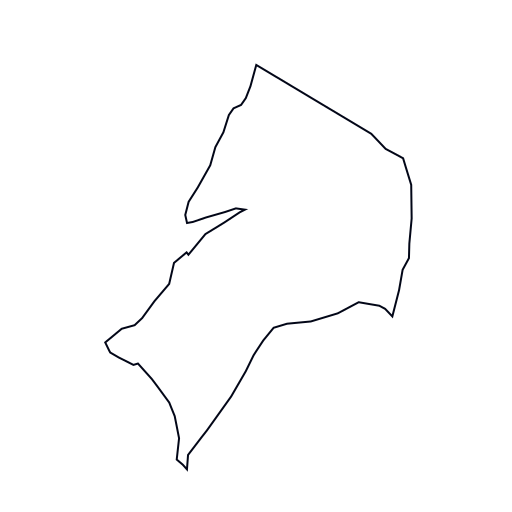 Girga, Suhaj, Egypt, rotated 252°
{"feature_id": "37247803B10377703685184", "entity_name": "Girga", "entity_type": "district", "adm_level": 2, "iso_a3": "EGY", "parent_name": "Egypt", "parent_adm1": "Suhaj", "projection": "mercator", "projection_center": [31.887, 26.348], "detail": "fine", "context": "isolated", "style": "outline", "palette": "ink", "viewbox_px": 512, "rotation_deg": 252, "n_neighbors": 0, "source": "geoboundaries", "source_scale": "gbopen_adm2", "svg_char_len": 1105}
<svg xmlns="http://www.w3.org/2000/svg" viewBox="0 0 512 512"><g transform="rotate(252 256 256)"><path d="M437.6,315.3L419.2,303.2L409.3,295.1L404.3,288.5L403.4,280.3L398.5,273.8L383.7,263.2L372.1,251.0L356.4,240.5L339.1,221.7L328.4,208.7L316.9,201.4L308.7,200.6L307.9,206.4L308.1,220.3L307.4,240.1L307.5,251.6L303.5,259.8L302.6,254.1L297.6,236.0L292.5,214.7L278.1,192.1L280.9,191.1L274.8,175.9L256.3,164.8L244.5,145.6L234.0,131.1L232.4,128.9L232.2,128.7L228.9,121.7L227.7,119.2L228.3,105.8L220.4,85.9L211.0,87.2L210.2,87.4L209.3,87.5L201.9,94.1L190.3,105.8L190.2,110.5L171.2,118.9L162.2,122.0L143.4,128.2L138.8,128.5L128.8,129.2L119.5,128.1L106.4,126.5L86.9,117.7L80.1,121.9L74.4,124.4L87.8,129.9L100.7,148.6L105.2,155.3L115.9,169.8L130.1,189.0L149.5,210.6L162.3,223.0L165.6,227.0L173.5,236.9L182.3,250.6L182.0,264.6L176.8,287.9L176.6,297.3L176.2,316.0L180.3,339.4L175.4,348.7L170.6,357.9L165.8,362.5L156.4,367.0L179.3,381.5L197.6,391.2L206.7,400.8L220.5,405.7L243.5,415.6L275.7,425.6L294.3,425.9L303.5,426.1L317.8,412.4L336.6,403.4L437.6,315.3Z" fill="none" stroke="#020617" stroke-width="2"/></g></svg>